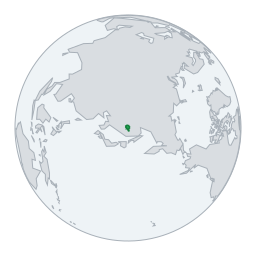 Yevrey highlighted on a globe, orthographic projection, rotated 75°
{"feature_id": "RUS-2613", "entity_name": "Yevrey", "entity_type": "Autonomous Region", "adm_level": 1, "iso_a3": "RUS", "parent_name": "Russia", "parent_adm1": "", "projection": "orthographic", "projection_center": [132.69, 48.574], "detail": "fine", "context": "on_globe", "style": "filled", "palette": "green", "viewbox_px": 256, "rotation_deg": 75, "n_neighbors": 0, "source": "natural_earth", "source_scale": "10m", "svg_char_len": 12272}
<svg xmlns="http://www.w3.org/2000/svg" viewBox="0 0 256 256"><g transform="rotate(75 128 128)"><circle cx="128" cy="128" r="113" fill="#eef3f6" stroke="#a8b0b8"/><path d="M207.6,203.7L207.5,204.0L207.4,204.1L207.6,203.7ZM216.9,58.9L216.4,61.2L219.5,62.4L220.6,64.2L220.3,65.0L219.0,63.2L216.7,63.1L216.8,65.7L211.7,65.4L201.3,60.1L202.2,58.8L199.6,57.9L198.3,59.7L198.1,61.1L187.4,62.2L182.0,69.9L183.9,74.8L180.7,72.0L186.8,83.2L186.2,90.1L184.6,80.9L182.7,78.9L181.2,82.7L179.0,81.5L176.9,82.7L174.4,81.0L173.7,76.0L172.0,74.9L171.0,77.7L167.9,77.9L169.5,74.0L164.2,74.0L162.0,66.3L168.5,58.0L165.1,53.3L166.1,43.7L163.8,43.6L162.7,40.3L159.7,38.9L160.7,37.8L157.4,37.8L157.0,39.1L155.4,39.6L153.6,39.0L154.6,37.4L155.7,37.4L155.0,36.6L156.3,36.1L154.6,36.0L156.1,34.2L152.0,35.2L150.9,33.1L152.5,32.1L155.9,33.3L168.0,34.8L170.7,34.6L171.3,33.0L164.9,27.3L166.5,26.8L166.0,25.3L163.6,24.9L163.0,26.0L158.3,25.2L158.2,26.8L156.3,26.8L154.8,28.3L151.3,27.0L148.7,25.0L149.7,23.8L148.6,22.9L144.6,23.3L143.6,20.6L137.9,18.3L138.1,17.9L143.9,18.0L151.6,19.7L159.1,20.8L150.4,19.0L151.0,18.4L149.5,17.9L147.2,17.5L145.5,17.4L144.9,17.1L153.3,18.5L154.0,18.8L151.3,18.2L155.0,19.1L160.6,20.5L160.4,20.2L169.1,23.2L169.9,23.4L170.8,23.8L170.4,23.7L170.9,23.9L178.5,27.3L185.8,31.3L192.8,35.9L199.5,40.9L205.7,46.5L211.6,52.5L216.9,58.9ZM229.1,129.0L228.2,127.4L229.3,127.0L229.1,129.0ZM227.2,127.3L227.6,127.7L227.2,127.6L227.2,127.3ZM226.7,127.9L227.1,127.5L226.7,128.1L226.7,127.9ZM226.1,128.9L226.4,128.3L226.1,128.9ZM224.8,129.8L224.5,129.9L224.6,129.2L224.8,129.8ZM198.4,62.0L198.5,59.9L200.5,58.8L200.6,60.7L198.4,62.0ZM194.3,64.3L193.7,62.8L196.7,63.6L196.1,64.2L194.3,64.3ZM185.8,78.7L186.4,76.7L186.6,79.1L185.8,78.7ZM177.1,83.1L177.7,84.2L176.4,84.4L177.1,83.1ZM156.8,29.0L155.8,28.6L156.6,28.5L156.8,29.0ZM157.1,30.0L158.7,30.1L159.1,30.6L158.1,30.5L157.1,30.0ZM171.3,82.1L169.0,82.2L171.2,81.2L171.3,82.1ZM155.0,29.7L159.6,31.5L160.2,32.4L156.9,32.9L155.0,29.7ZM167.7,81.8L162.2,82.5L163.0,84.7L157.7,79.0L164.1,80.2L166.6,78.4L166.3,80.5L167.7,81.8ZM157.7,39.8L158.0,38.3L159.4,40.1L157.7,39.8ZM159.0,40.9L165.7,46.1L164.3,48.1L162.3,45.9L161.9,49.1L158.0,47.5L157.3,45.4L159.0,44.3L156.2,44.5L159.0,40.9ZM155.7,75.9L154.2,75.4L155.6,74.9L155.7,75.9ZM154.9,40.0L156.4,40.8L155.3,42.6L152.2,41.3L153.5,41.1L154.9,40.0ZM163.7,50.8L162.4,52.0L158.8,51.0L157.8,51.3L157.7,47.6L163.7,50.8ZM152.8,40.4L150.6,40.6L149.4,39.3L153.4,39.3L152.8,40.4ZM156.3,43.6L155.7,44.4L155.0,43.5L156.3,43.6ZM144.1,35.0L145.9,35.7L145.5,36.7L144.1,35.0ZM149.8,40.8L150.2,41.3L150.3,41.8L148.6,41.7L149.8,40.8ZM155.2,47.3L154.0,46.6L155.1,48.7L152.4,48.2L152.9,45.8L151.6,46.6L150.8,46.5L152.1,44.8L155.2,47.3ZM147.0,43.1L146.7,40.2L143.5,38.5L143.8,37.5L148.9,40.5L147.0,43.1ZM149.9,44.2L148.2,43.3L149.4,42.5L151.3,42.6L149.9,44.2ZM150.5,48.7L154.4,50.1L154.2,50.6L150.5,48.7ZM145.8,42.8L145.9,43.5L145.5,42.7L145.8,42.8ZM148.8,47.0L150.2,47.4L149.9,47.9L148.8,47.0ZM145.0,44.7L144.9,43.7L146.2,43.7L145.0,44.7ZM146.5,45.9L145.8,46.5L146.7,44.3L147.2,45.9L146.5,45.9ZM148.3,47.4L148.6,47.9L147.7,47.2L148.3,47.4ZM140.1,45.3L141.0,42.5L143.8,42.5L142.6,45.2L140.1,45.3ZM68.2,32.5L67.6,33.0L62.7,36.4L53.1,46.0L51.3,47.9L48.9,49.0L38.9,61.2L39.7,62.0L34.1,72.5L32.6,78.4L38.2,75.8L40.7,65.9L44.6,62.1L45.4,68.1L43.7,77.3L45.2,76.2L49.1,68.8L51.7,69.7L50.8,66.3L49.0,68.6L48.4,66.6L50.1,64.4L50.9,64.8L52.3,61.9L47.9,61.5L45.5,63.8L47.3,57.7L43.5,61.1L42.9,60.3L49.0,54.4L50.7,53.6L59.6,45.6L58.0,45.7L49.5,53.5L50.8,51.7L48.6,52.3L51.4,50.4L61.1,42.3L64.6,37.8L63.9,35.7L67.1,33.4L72.0,30.3L77.4,28.4L69.8,34.0L71.6,33.7L77.6,31.1L74.7,33.1L76.2,32.8L73.8,35.0L74.7,37.2L72.9,39.6L77.4,39.7L77.1,41.0L74.5,40.5L71.7,41.6L67.7,48.2L68.1,49.2L71.4,48.8L69.9,50.8L73.6,49.7L73.3,53.5L76.7,47.9L80.6,47.7L82.7,49.8L84.6,48.9L81.2,45.5L79.3,45.1L76.6,46.3L71.9,44.9L72.4,42.9L79.7,40.9L81.1,37.9L86.1,37.9L92.4,46.4L92.8,50.6L84.8,58.2L82.3,57.3L83.9,54.1L78.6,57.4L80.9,57.0L79.6,58.8L83.0,59.3L82.3,60.6L86.9,59.0L86.3,60.7L83.5,61.7L88.1,64.3L88.2,68.0L89.6,68.0L91.1,67.0L90.2,72.6L91.2,72.3L92.0,70.4L94.5,68.7L98.8,68.0L98.2,70.0L96.6,70.5L92.5,74.7L88.3,76.0L88.5,76.7L92.0,76.1L97.1,70.9L99.8,70.0L97.7,72.6L98.7,71.6L99.9,71.7L100.5,73.8L102.9,71.1L116.6,71.0L119.2,75.3L115.9,77.4L124.8,80.3L127.1,85.4L127.7,83.5L132.5,83.9L131.8,82.3L132.5,81.5L144.4,82.4L146.7,84.4L152.6,83.1L152.9,82.2L151.5,80.7L157.7,79.0L163.0,84.7L162.0,86.4L166.0,89.0L163.1,92.7L162.5,97.1L157.0,99.9L157.0,103.4L158.6,104.0L159.9,109.4L156.9,118.6L152.3,108.2L155.3,95.0L153.5,100.0L151.9,98.0L149.9,99.4L148.8,103.2L150.0,104.1L137.6,106.9L130.8,115.9L136.3,116.6L138.4,120.2L135.5,132.2L120.2,145.0L122.9,150.9L122.2,154.1L118.0,155.2L118.9,150.5L115.7,147.8L116.9,145.1L110.3,145.6L111.7,141.8L105.9,144.2L106.7,147.8L112.0,148.6L106.4,152.7L110.1,159.4L109.1,165.8L98.0,173.7L88.9,173.8L88.0,175.4L85.2,172.0L80.2,173.8L84.6,186.1L84.0,188.8L76.5,190.9L76.6,188.9L69.0,179.9L66.7,185.6L72.4,193.8L74.3,200.6L69.6,196.5L67.7,190.3L65.0,187.0L66.4,181.9L65.4,172.1L60.6,170.9L61.6,167.6L59.5,157.7L53.0,155.6L42.2,157.2L39.7,164.8L36.5,165.5L35.0,149.1L37.1,140.1L34.9,138.2L34.8,126.6L29.9,114.9L30.7,111.9L29.4,110.5L29.6,104.6L31.4,100.0L30.8,97.5L26.4,109.9L27.2,112.7L30.0,112.7L28.4,116.2L28.4,122.7L23.0,123.5L18.1,112.8L20.2,106.4L29.6,82.5L30.7,81.6L30.9,81.4L31.1,81.0L29.4,82.0L31.9,77.8L24.1,92.1L21.7,96.9L18.0,112.9L17.7,112.9L17.3,117.3L19.0,124.6L18.5,126.3L16.1,129.9L15.4,129.4L15.6,121.2L16.4,113.0L17.8,104.9L19.7,96.9L22.3,89.0L25.4,81.4L29.1,74.1L33.3,67.0L38.0,60.2L43.2,53.8L48.9,47.8L55.0,42.3L61.4,37.1L68.2,32.5ZM39.3,90.1L40.0,96.0L44.2,90.6L44.8,92.5L46.0,90.0L44.5,90.2L48.1,84.0L50.0,85.7L52.2,84.0L52.1,82.0L48.0,79.8L42.8,88.5L40.7,88.4L39.3,90.1ZM150.5,18.3L149.8,18.2L147.7,17.7L149.0,17.9L150.5,18.3ZM136.4,16.6L135.8,16.1L137.1,16.5L138.8,16.4L143.8,17.3L138.4,17.7L140.0,17.3L136.4,16.6ZM149.0,18.9L146.5,18.1L149.5,19.0L149.0,18.9ZM86.8,29.7L84.6,30.7L83.4,30.3L85.8,27.9L87.5,28.4L86.8,29.7ZM81.7,32.2L88.2,31.2L87.0,32.9L86.6,32.1L85.2,33.3L84.1,32.3L76.5,35.1L75.0,35.0L80.2,30.3L79.3,31.8L81.5,30.7L81.7,32.2ZM107.0,27.9L109.8,28.0L103.6,31.3L101.7,30.8L103.9,28.2L107.5,27.3L107.0,27.9ZM148.2,30.5L149.7,30.8L149.4,31.2L147.9,31.3L148.2,30.5ZM145.0,35.2L141.5,30.1L143.0,30.0L139.1,27.3L141.6,26.2L144.0,28.0L143.1,25.3L146.2,26.4L145.1,24.6L150.3,28.6L153.1,29.7L149.0,28.8L146.6,29.8L146.4,30.5L148.1,33.5L153.0,36.5L151.4,38.1L149.0,38.5L147.6,38.0L149.0,37.1L146.1,37.1L147.1,35.4L145.0,35.2ZM121.6,44.5L123.9,43.1L118.2,43.9L119.2,41.8L118.5,42.0L117.8,40.3L115.8,38.7L116.7,37.9L115.5,37.7L115.1,36.6L113.7,36.1L115.0,34.4L113.4,33.6L114.9,33.3L111.9,32.4L114.7,32.4L114.4,31.2L111.8,31.9L121.9,25.4L124.0,23.1L124.1,21.4L128.9,21.8L131.8,23.8L133.1,26.8L130.4,29.1L133.0,29.0L132.5,30.1L130.7,29.7L133.3,31.0L132.3,31.8L133.5,35.1L137.8,36.7L138.3,38.0L136.2,37.9L138.2,39.4L134.5,40.0L134.8,41.0L131.5,42.8L127.2,42.0L127.9,43.3L125.4,44.8L121.6,44.5ZM139.1,45.7L133.7,45.0L131.6,43.6L138.3,41.2L138.5,40.1L142.8,38.8L145.7,40.9L144.2,41.1L143.5,41.8L142.9,40.8L142.8,42.1L140.8,42.4L140.2,43.5L138.6,43.0L139.1,45.7ZM51.4,48.6L50.4,49.9L49.3,51.6L47.9,52.1L51.4,48.6ZM57.9,43.0L57.3,43.8L54.8,45.2L55.8,44.1L57.9,43.0ZM59.2,43.3L57.5,43.8L59.0,42.8L59.2,43.3ZM74.2,41.4L73.8,42.4L72.9,42.6L72.1,42.3L74.2,41.4ZM104.8,47.1L106.5,46.3L106.9,46.7L110.9,46.6L110.5,48.3L107.9,49.0L104.8,47.1ZM37.4,74.9L36.6,74.0L37.4,72.6L37.5,73.2L37.4,74.9ZM41.5,62.2L39.5,65.6L41.1,62.3L41.5,62.2ZM105.0,48.9L106.7,48.6L105.5,49.7L105.0,48.9ZM110.4,49.5L109.2,50.7L110.9,48.5L110.4,49.5ZM101.7,221.3L105.1,222.3L105.0,222.6L101.7,221.3ZM98.0,219.4L101.9,220.4L97.4,219.9L98.0,219.4ZM103.4,220.8L107.3,221.1L109.0,220.9L108.8,221.5L103.4,220.8ZM95.4,218.8L81.9,214.3L76.7,211.4L77.8,210.7L86.2,214.2L95.4,218.8ZM77.4,210.5L69.6,203.7L59.9,187.7L63.3,189.9L73.6,201.8L73.0,202.6L77.7,207.4L77.4,210.5ZM96.7,211.0L96.0,214.0L88.4,211.4L85.0,209.8L82.7,204.8L84.0,203.1L86.7,204.1L98.0,199.8L101.8,202.7L98.2,205.1L101.3,208.9L96.7,211.0ZM39.9,165.9L41.0,172.3L39.3,171.6L39.9,165.9ZM103.1,195.2L98.2,197.7L102.8,193.9L103.1,195.2ZM106.1,191.2L106.2,193.2L104.5,190.9L106.1,191.2ZM87.4,178.1L84.5,177.5L84.7,176.0L88.5,176.0L87.4,178.1ZM108.2,171.1L107.3,175.4L106.4,176.7L105.5,173.8L108.2,171.1ZM103.8,64.3L98.7,62.5L94.7,62.6L92.1,64.8L93.6,61.1L99.7,60.9L103.8,64.3ZM115.1,69.9L117.4,68.2L117.9,69.6L117.4,70.2L115.1,69.9ZM115.4,68.4L115.5,65.1L117.7,64.6L117.3,67.3L115.4,68.4ZM110.0,56.5L108.5,55.9L109.6,55.0L110.0,56.5ZM145.9,239.2L146.6,239.1L145.9,239.2ZM125.7,238.9L104.7,237.7L99.7,236.5L100.3,236.1L94.5,232.4L96.0,232.8L94.2,230.3L106.3,230.9L114.7,227.6L122.2,228.7L127.4,225.3L135.3,225.8L133.3,228.8L142.1,230.4L146.9,223.6L153.2,229.8L160.2,230.7L163.4,232.7L154.6,237.3L148.6,238.7L147.0,238.9L144.6,239.3L140.3,239.8L136.9,239.5L134.6,239.8L136.4,239.1L133.3,239.8L130.6,239.3L125.7,238.9ZM183.0,221.4L184.4,220.9L187.0,220.6L184.7,221.5L183.0,221.4ZM204.0,207.3L204.8,207.1L203.3,208.3L204.0,207.3ZM207.4,204.1L205.5,205.6L207.6,203.7L207.4,204.1ZM189.4,215.3L190.2,215.3L189.6,215.7L189.4,215.3ZM188.8,215.5L189.5,214.5L189.5,215.1L188.8,215.5ZM181.7,214.5L182.4,213.9L182.8,214.0L181.7,214.5ZM110.2,223.3L114.9,221.9L117.6,222.1L110.2,223.3ZM180.4,214.1L178.3,214.7L178.5,214.2L180.4,214.1ZM180.4,213.2L180.1,212.6L181.5,213.6L180.4,213.2ZM176.4,213.0L179.0,213.3L176.1,213.2L176.4,213.0ZM174.9,213.5L173.1,213.5L173.2,213.3L174.9,213.5ZM155.6,218.0L162.2,220.6L157.1,221.3L151.3,219.8L147.2,222.2L137.6,222.1L139.6,220.8L138.2,218.7L128.6,217.6L126.6,216.0L130.0,215.3L123.7,213.6L130.5,213.4L133.4,216.6L137.3,214.3L144.3,214.9L151.2,215.5L156.9,217.0L155.6,218.0ZM130.8,219.9L132.0,220.0L131.0,220.8L130.8,219.9ZM169.7,212.8L172.3,213.5L172.0,213.9L170.8,214.0L169.7,212.8ZM158.2,216.4L164.3,213.1L165.8,212.9L161.8,216.2L158.2,216.4ZM162.7,211.8L165.6,211.7L167.2,212.7L166.6,213.2L162.7,211.8ZM116.9,216.0L116.6,216.8L114.9,215.9L116.9,216.0ZM119.1,215.8L124.4,217.2L118.6,216.4L119.1,215.8ZM103.6,210.1L105.1,212.5L109.7,212.1L106.2,213.3L109.4,217.1L108.4,218.1L105.1,214.0L104.2,217.3L102.2,216.8L100.9,213.5L102.9,210.1L105.0,208.9L113.4,209.9L103.6,210.1ZM119.0,213.3L117.6,210.8L118.7,209.3L120.1,210.8L119.0,213.3ZM113.8,204.1L110.4,200.5L107.1,201.0L113.9,197.9L116.0,202.0L113.8,204.1ZM111.2,196.8L108.1,197.3L111.5,195.4L111.2,196.8ZM107.5,196.1L107.3,193.8L109.7,194.6L107.5,196.1ZM112.8,197.2L113.7,193.6L114.7,196.0L112.8,197.2ZM106.9,188.5L111.5,193.3L105.1,190.3L105.8,182.7L108.6,183.2L106.9,188.5ZM128.5,158.8L128.4,156.2L131.2,156.0L130.5,157.8L128.5,158.8ZM140.1,153.6L131.9,155.1L125.2,156.5L126.9,158.0L124.6,161.9L122.6,157.6L127.9,153.6L132.8,153.3L134.3,149.8L138.4,147.8L138.7,143.2L140.8,141.4L142.0,145.5L140.1,153.6ZM138.7,141.2L140.7,133.2L145.6,134.8L146.2,136.9L143.2,139.9L140.8,138.8L138.7,141.2ZM142.6,131.7L140.3,130.7L138.5,118.1L139.4,115.9L143.3,126.0L141.4,125.6L141.0,128.6L142.6,131.7ZM154.3,76.5L154.2,75.5L155.2,76.4L154.3,76.5ZM132.0,80.6L133.1,79.6L134.2,80.6L132.0,80.6ZM136.6,77.5L134.7,77.0L137.0,76.7L136.6,77.5ZM130.3,76.1L134.0,76.4L130.1,77.3L130.3,76.1Z" fill="#d9dde1" stroke="#a8b0b8" stroke-width="1"/><path d="M125.3,128.2L125.3,127.9L125.2,127.9L125.3,127.5L125.4,127.4L125.6,127.2L125.8,127.2L125.9,126.9L126.0,126.8L126.0,126.7L126.3,126.7L126.5,126.7L126.8,126.5L127.0,126.6L127.1,126.4L127.2,126.2L127.3,126.2L127.4,126.3L127.5,126.3L127.6,126.5L127.8,126.6L128.0,126.6L128.3,126.7L128.5,126.7L128.5,126.8L128.7,127.2L128.8,127.5L129.4,127.6L129.5,127.7L129.5,127.8L129.8,127.9L130.0,127.8L130.1,127.7L130.3,127.7L130.3,127.8L130.5,127.9L130.6,128.0L130.7,127.9L130.8,127.9L131.0,127.9L131.0,128.0L130.9,128.1L130.9,128.3L130.7,128.4L130.4,128.3L130.2,128.4L129.9,128.5L129.7,128.5L129.4,128.6L129.3,128.8L129.2,128.8L128.9,128.9L128.7,128.9L128.5,129.0L128.4,129.0L128.2,129.2L128.2,129.3L128.1,129.2L128.0,129.3L127.9,129.5L127.7,129.7L127.4,129.7L127.2,129.7L127.0,129.8L126.9,129.8L126.9,129.7L126.8,129.8L126.7,129.7L126.6,129.8L126.5,129.7L126.4,129.7L126.0,129.7L125.9,129.7L125.7,129.7L125.7,129.3L125.6,129.2L125.4,129.0L125.3,128.9L125.4,128.7L125.5,128.7L125.6,128.4L125.5,128.2L125.4,128.1L125.3,128.2Z" fill="#22c55e" stroke="#15803d" stroke-width="1.5"/></g></svg>